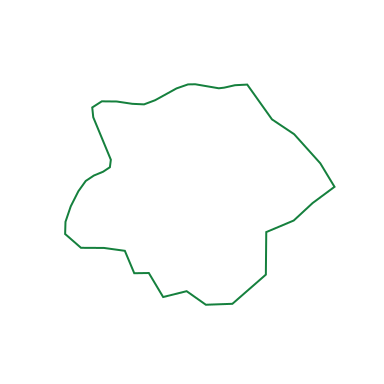 outline of Zombo, rotated 67°
{"feature_id": "UGA-5589", "entity_name": "Zombo", "entity_type": "District", "adm_level": 1, "iso_a3": "UGA", "parent_name": "Uganda", "parent_adm1": "", "projection": "albers", "projection_center": [30.853, 2.535], "detail": "fine", "context": "isolated", "style": "outline", "palette": "green", "viewbox_px": 384, "rotation_deg": 67, "n_neighbors": 0, "source": "natural_earth", "source_scale": "10m", "svg_char_len": 653}
<svg xmlns="http://www.w3.org/2000/svg" viewBox="0 0 384 384"><g transform="rotate(67 192 192)"><path d="M181.1,325.2L170.0,320.1L157.8,309.2L146.9,296.3L140.3,285.5L138.5,275.9L138.6,265.9L137.1,257.9L130.6,254.1L84.6,253.7L75.2,250.8L73.3,239.6L79.3,225.9L87.5,212.5L92.6,201.9L93.1,190.2L90.6,165.8L91.4,153.6L94.1,146.9L107.0,126.8L108.5,121.7L109.0,119.0L110.5,110.7L114.7,99.2L156.4,90.0L178.7,75.4L215.7,62.7L242.9,58.8L249.3,85.3L258.0,109.5L257.9,139.3L296.9,156.3L310.7,198.5L301.2,223.3L281.2,235.7L277.4,259.6L249.7,263.4L244.2,276.9L219.9,276.8L209.1,294.9L200.0,316.0L181.1,325.2Z" fill="none" stroke="#15803d" stroke-width="2"/></g></svg>